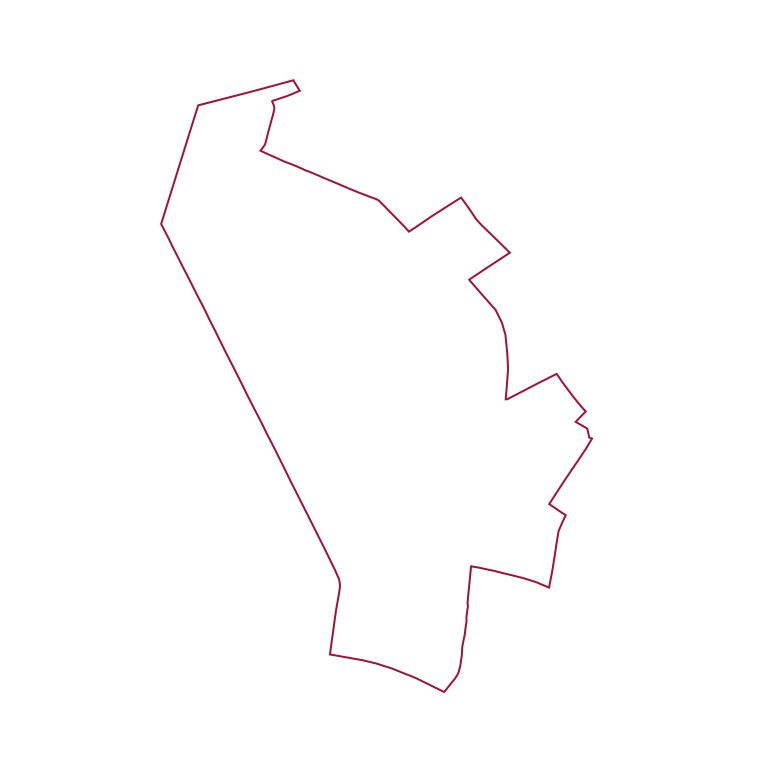 outline of Sathon, Bangkok Metropolis, Thailand, rotated 262°
{"feature_id": "78962969B57919474821024", "entity_name": "Sathon", "entity_type": "district", "adm_level": 2, "iso_a3": "THA", "parent_name": "Thailand", "parent_adm1": "Bangkok Metropolis", "projection": "robinson", "projection_center": [100.532, 13.714], "detail": "fine", "context": "isolated", "style": "outline", "palette": "rose", "viewbox_px": 768, "rotation_deg": 262, "n_neighbors": 0, "source": "geoboundaries", "source_scale": "gbopen_adm2", "svg_char_len": 3178}
<svg xmlns="http://www.w3.org/2000/svg" viewBox="0 0 768 768"><g transform="rotate(262 384 384)"><path d="M370.0,556.4L366.6,546.4L363.4,536.9L356.4,517.1L351.9,504.4L351.8,503.9L351.9,502.4L355.1,503.1L362.4,504.8L373.9,507.3L378.4,508.3L382.0,509.0L390.8,509.8L396.7,510.3L416.0,511.1L422.0,510.2L428.0,509.4L433.4,507.6L441.6,504.9L458.8,493.6L470.9,485.7L475.4,482.9L475.8,483.6L482.2,496.8L484.9,502.4L493.1,519.8L496.5,526.9L511.1,515.7L514.3,513.2L527.5,502.9L532.0,499.8L534.5,498.2L546.1,492.5L557.9,486.3L552.3,473.9L543.5,454.7L534.9,437.4L531.4,429.9L536.3,426.6L544.7,420.5L551.4,415.5L560.7,408.7L566.1,404.6L566.9,403.8L567.4,403.1L568.0,402.3L571.7,395.4L577.0,385.8L582.0,377.2L584.6,372.9L589.4,365.0L596.3,353.3L600.0,347.3L601.8,344.3L604.5,339.8L606.4,336.1L608.9,332.3L612.4,326.6L616.6,319.1L618.6,315.5L623.9,307.2L628.1,300.4L632.2,294.1L632.5,294.4L632.6,294.5L632.9,294.8L635.4,297.4L637.5,299.3L638.8,300.0L641.1,301.0L641.7,301.2L642.8,301.7L644.5,302.4L646.8,303.3L649.0,304.2L651.8,305.4L653.5,306.1L656.0,307.2L658.6,308.3L660.8,309.2L663.8,310.6L665.7,311.4L667.4,312.1L668.2,312.4L669.5,312.9L670.7,313.4L672.0,313.7L672.7,313.8L673.8,313.8L674.7,313.7L675.7,313.6L676.7,313.3L677.6,313.0L678.4,312.8L678.8,312.7L679.3,312.5L679.5,312.6L679.9,312.9L680.6,316.9L681.2,320.0L682.1,325.1L682.4,327.0L683.4,331.1L683.8,332.8L685.0,337.1L686.1,341.4L688.4,340.4L691.3,339.1L693.5,338.1L697.4,336.6L692.2,295.5L685.8,238.8L658.7,225.9L573.5,185.6L566.3,188.1L562.5,189.4L557.8,191.1L551.3,193.1L536.8,198.1L528.4,200.9L519.9,203.9L512.0,206.6L503.5,209.5L494.6,212.5L487.5,215.1L479.1,217.9L474.6,219.3L469.4,221.0L461.7,223.7L454.1,226.2L447.3,228.4L438.6,231.3L432.2,233.5L425.9,235.7L412.4,240.3L402.1,243.8L391.9,247.1L385.6,249.3L374.8,253.0L369.7,254.9L358.8,258.6L352.8,260.5L347.7,262.2L345.1,263.2L333.2,267.3L325.1,270.0L317.3,272.6L307.5,275.8L299.5,278.4L287.6,282.5L280.7,284.8L272.8,287.5L261.7,291.3L253.4,294.1L247.4,296.1L239.1,298.9L231.2,301.6L220.8,305.0L213.4,307.4L206.6,309.6L203.0,310.6L197.7,312.1L195.3,312.4L192.4,312.5L190.9,312.4L189.4,312.1L187.8,311.8L186.0,311.2L184.1,310.7L166.2,304.9L123.7,292.8L113.5,324.2L108.4,337.2L103.1,348.2L100.9,352.7L96.3,360.7L91.9,368.5L88.8,373.9L70.6,400.7L82.7,413.6L83.9,414.6L85.9,416.3L88.0,417.6L88.4,417.9L92.3,419.5L93.5,420.0L95.2,420.6L102.2,422.6L104.9,423.4L108.1,424.1L111.4,424.6L112.5,424.9L113.7,425.2L119.4,427.2L124.9,429.2L129.0,430.2L137.5,432.7L139.4,432.9L141.0,433.1L141.7,433.2L146.9,434.6L151.9,436.1L152.4,436.2L154.7,436.2L155.5,436.3L163.5,438.1L175.8,441.1L184.9,443.3L190.8,444.7L191.4,444.9L190.3,448.1L189.4,451.1L185.7,461.2L183.5,467.4L180.4,474.8L178.5,479.7L176.9,483.8L173.2,492.9L172.2,495.3L170.7,498.5L166.5,507.3L164.0,511.4L159.4,519.1L174.5,524.3L189.0,528.8L199.9,532.0L214.0,536.4L222.9,541.8L228.6,545.6L228.8,545.7L233.1,540.7L233.3,540.5L233.7,540.1L242.1,530.9L253.4,540.7L263.4,549.4L273.5,558.5L281.5,565.8L291.8,575.0L301.0,582.4L302.4,579.8L310.7,579.2L311.4,579.0L312.3,578.2L319.8,568.5L328.8,580.0L332.0,577.7L335.3,575.5L344.1,570.2L351.8,565.9L361.7,560.5L370.0,556.4Z" fill="none" stroke="#9f1239" stroke-width="2"/></g></svg>